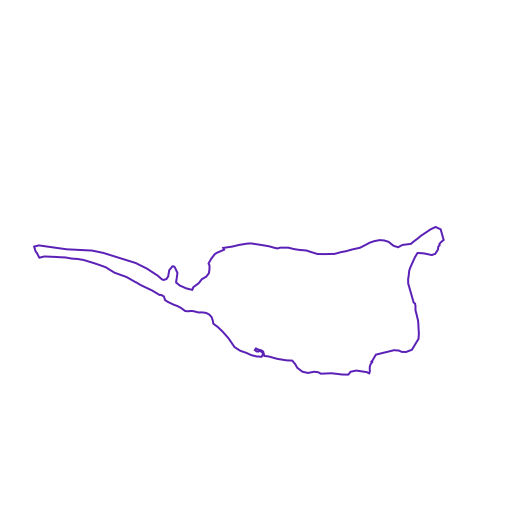 Sahil Silim, Asyut, Egypt, rotated 308°
{"feature_id": "37247803B82943552263009", "entity_name": "Sahil Silim", "entity_type": "district", "adm_level": 2, "iso_a3": "EGY", "parent_name": "Egypt", "parent_adm1": "Asyut", "projection": "natural_earth1", "projection_center": [31.355, 27.093], "detail": "fine", "context": "isolated", "style": "outline", "palette": "violet", "viewbox_px": 512, "rotation_deg": 308, "n_neighbors": 0, "source": "geoboundaries", "source_scale": "gbopen_adm2", "svg_char_len": 3107}
<svg xmlns="http://www.w3.org/2000/svg" viewBox="0 0 512 512"><g transform="rotate(308 256 256)"><path d="M383.3,393.7L384.2,394.0L390.7,385.1L389.4,379.6L384.3,377.1L379.7,375.6L373.7,373.6L369.1,372.6L363.6,371.1L360.9,370.6L354.9,364.6L350.4,362.6L349.7,360.7L348.7,358.1L348.8,351.8L347.1,347.3L344.7,343.7L340.6,340.1L336.5,337.4L332.4,335.6L326.6,332.9L320.0,327.5L315.1,323.9L312.2,321.3L311.0,320.3L306.1,316.7L299.5,308.6L295.4,303.2L294.4,300.5L293.0,296.9L291.4,292.4L287.3,286.1L284.8,281.6L282.4,276.2L277.4,269.9L275.0,268.1L274.3,266.4L274.2,266.4L274.2,266.5L271.7,260.3L266.8,251.3L262.7,244.1L260.3,241.4L254.5,236.0L248.8,231.5L242.2,225.2L241.4,227.0L234.8,223.4L232.3,222.4L226.6,222.4L225.6,222.5L221.6,223.1L220.8,223.3L220.0,225.1L216.6,227.7L213.3,229.5L209.2,229.5L204.3,227.6L199.3,227.6L192.8,225.8L190.9,226.4L190.1,226.6L188.5,223.2L187.4,220.5L186.4,216.4L185.8,214.2L185.9,210.7L185.9,209.4L186.9,208.7L189.5,207.3L194.3,204.5L197.0,199.2L197.2,197.6L196.4,196.5L191.4,196.4L185.8,199.4L182.6,199.6L180.1,197.8L179.7,195.9L180.0,190.7L178.9,177.8L176.4,165.5L164.4,133.7L159.3,123.4L144.8,102.8L140.8,95.9L130.7,78.4L126.8,75.4L125.4,77.4L124.1,79.2L123.3,81.9L121.6,85.5L121.3,86.2L121.3,86.3L125.3,89.5L131.0,97.4L134.3,102.2L137.4,106.5L140.5,112.4L143.8,117.2L145.4,120.2L146.6,122.3L150.7,132.9L152.6,138.4L154.6,144.4L155.7,154.6L157.9,161.4L159.7,166.7L161.3,177.6L161.5,177.8L161.6,178.8L161.8,181.1L162.3,184.0L162.9,186.7L163.9,191.1L164.4,193.3L164.8,195.0L165.1,197.5L165.5,200.3L165.9,203.9L167.0,205.4L167.4,208.4L165.3,211.5L165.5,214.3L166.0,216.8L166.9,220.9L168.1,224.6L168.9,228.5L169.0,233.9L170.3,236.1L172.9,238.9L173.0,239.1L173.2,239.3L173.7,240.2L174.2,241.1L176.2,245.6L178.3,248.1L180.4,251.6L181.1,255.2L180.5,258.7L178.3,262.0L176.4,264.0L176.5,269.9L175.8,276.6L174.8,281.9L174.3,284.8L171.0,295.1L171.6,301.8L173.3,306.8L173.4,307.0L173.9,308.7L174.9,313.1L177.1,318.1L180.0,322.4L181.5,322.3L183.9,321.4L183.8,319.0L183.7,317.4L182.0,316.6L181.2,315.2L181.2,313.0L183.1,312.9L183.8,315.9L184.9,318.1L185.1,320.5L182.4,324.1L184.7,328.0L188.0,336.0L192.5,344.2L195.9,349.0L195.0,353.2L193.3,357.4L193.4,363.8L195.8,368.9L200.7,373.2L202.7,376.6L203.2,379.6L204.2,380.8L210.1,387.7L215.8,397.1L219.4,401.8L223.0,401.8L224.1,402.7L227.5,405.6L232.8,415.0L233.2,417.5L233.3,417.5L235.6,416.5L236.4,415.6L238.9,413.8L241.4,412.9L243.9,412.9L243.9,412.0L244.7,412.1L245.5,412.1L252.1,411.2L266.9,422.9L268.2,425.0L269.3,426.5L270.2,429.9L271.0,431.0L272.8,433.4L276.3,435.5L278.2,436.6L287.8,435.4L290.7,435.1L295.3,432.0L296.4,431.0L297.3,430.2L299.1,428.6L302.8,425.4L305.0,423.3L307.2,420.5L309.0,418.3L309.8,417.2L311.4,415.1L314.7,412.5L316.4,410.7L316.4,408.9L328.0,392.9L331.3,390.2L334.6,388.4L338.7,385.8L341.2,384.9L347.8,383.2L353.0,382.0L357.7,381.4L358.6,382.3L359.4,383.8L360.3,384.9L361.6,387.0L362.4,388.7L363.5,390.9L365.0,394.0L368.1,395.9L370.0,395.7L371.6,395.6L373.2,395.4L375.5,393.9L377.4,394.1L378.2,393.2L379.6,393.2L380.3,393.2L381.4,393.4L382.4,393.6L383.3,393.7Z" fill="none" stroke="#5b21b6" stroke-width="2"/></g></svg>